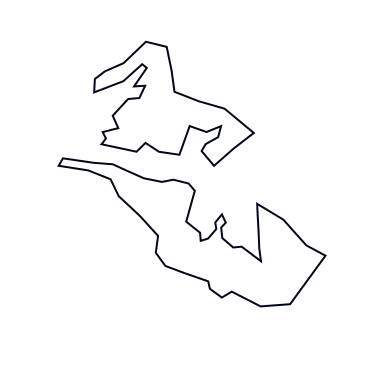 the border of Tai Po, rotated 230°
{"feature_id": "HKG-5169", "entity_name": "Tai Po", "entity_type": "state/province", "adm_level": 1, "iso_a3": "HKG", "parent_name": "Hong Kong S.A.R.", "parent_adm1": "", "projection": "natural_earth1", "projection_center": [114.263, 22.454], "detail": "fine", "context": "isolated", "style": "outline", "palette": "ink", "viewbox_px": 384, "rotation_deg": 230, "n_neighbors": 0, "source": "natural_earth", "source_scale": "10m", "svg_char_len": 1143}
<svg xmlns="http://www.w3.org/2000/svg" viewBox="0 0 384 384"><g transform="rotate(230 192 192)"><path d="M297.8,106.7L300.7,114.8L277.6,135.4L264.2,149.1L249.7,156.0L233.5,163.9L219.1,175.4L213.4,185.6L200.7,194.9L191.1,194.9L173.0,168.5L155.6,172.0L149.0,167.3L146.0,174.3L148.0,186.8L153.7,190.2L155.6,200.5L146.8,198.2L146.0,191.5L137.3,185.6L123.0,187.9L118.2,194.9L94.6,200.3L105.7,207.4L119.2,217.8L134.8,229.5L141.0,234.3L112.1,244.2L98.6,244.6L77.6,245.3L57.4,253.3L43.0,195.0L60.3,171.0L90.1,158.4L92.0,147.0L106.4,143.5L113.1,147.0L134.2,134.4L152.4,124.1L168.7,125.2L180.2,137.8L207.1,136.7L235.9,133.2L254.1,137.8L275.2,126.4L297.8,106.7ZM197.9,225.7L217.2,225.7L219.9,233.3L217.2,247.3L223.8,256.6L228.6,241.7L244.0,232.6L228.6,206.3L244.0,192.6L259.5,187.9L258.5,175.4L286.7,153.4L288.3,160.5L295.3,162.1L288.3,176.6L301.4,180.3L304.3,202.8L297.8,212.1L303.5,224.4L310.1,215.5L316.1,237.1L321.9,236.0L321.0,210.7L331.2,181.1L341.0,190.2L340.4,202.9L334.7,222.4L336.7,253.3L319.4,265.9L298.3,254.5L280.0,243.0L257.0,255.6L234.9,270.5L197.5,277.3L198.5,252.2L197.9,225.7Z" fill="none" stroke="#020617" stroke-width="2"/></g></svg>